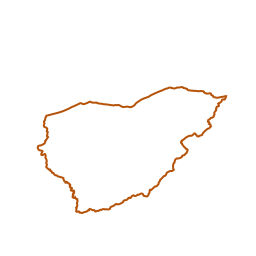 Contralmirante Villar, Tumbes, Peru, rotated 48°
{"feature_id": "86281439B49517942967283", "entity_name": "Contralmirante Villar", "entity_type": "district", "adm_level": 2, "iso_a3": "PER", "parent_name": "Peru", "parent_adm1": "Tumbes", "projection": "equal_earth", "projection_center": [-80.726, -3.926], "detail": "fine", "context": "isolated", "style": "outline", "palette": "amber", "viewbox_px": 256, "rotation_deg": 48, "n_neighbors": 0, "source": "geoboundaries", "source_scale": "gbopen_adm2", "svg_char_len": 5865}
<svg xmlns="http://www.w3.org/2000/svg" viewBox="0 0 256 256"><g transform="rotate(48 128 128)"><path d="M155.1,222.2L155.9,222.2L156.2,222.0L156.7,220.8L157.1,220.4L157.8,220.2L158.5,220.6L158.9,220.4L159.4,219.6L160.2,219.3L160.4,219.0L160.8,218.3L161.2,216.8L162.1,215.3L162.5,214.3L162.5,212.8L163.0,212.3L162.9,211.8L162.5,211.5L162.5,210.6L163.9,209.8L165.1,209.5L165.6,209.1L166.1,208.3L166.4,208.1L167.0,208.0L168.1,208.2L168.4,207.8L169.0,206.3L169.9,205.4L170.1,203.6L170.4,203.1L171.1,202.6L171.2,201.6L171.9,200.4L172.3,200.0L173.1,199.6L173.8,198.5L175.2,197.4L176.0,195.7L175.9,195.3L175.1,194.0L175.5,192.5L176.2,190.9L176.3,188.2L176.5,188.0L176.8,187.5L177.1,187.5L177.5,187.2L177.7,186.7L178.6,185.8L178.9,185.3L179.2,183.8L179.6,182.7L179.7,181.0L179.2,180.3L179.1,179.7L179.5,178.9L180.5,177.3L180.6,175.5L180.3,174.7L180.6,173.7L181.4,173.5L181.6,173.3L181.7,172.6L181.6,172.0L181.2,171.1L181.2,170.7L181.6,169.1L182.8,168.7L183.6,167.8L183.9,167.0L184.0,165.5L184.2,165.2L184.8,164.8L185.3,162.5L185.9,161.6L186.4,161.3L187.2,161.2L188.7,161.7L189.2,161.6L189.7,161.1L191.4,160.0L191.7,159.0L191.6,158.0L190.9,157.0L190.8,156.0L190.2,155.3L189.8,154.4L188.9,153.7L188.6,153.1L188.7,152.8L189.2,152.7L189.6,152.4L189.6,150.2L189.5,149.6L189.5,147.1L190.3,146.0L190.4,145.3L190.2,143.3L190.0,142.7L189.1,141.7L188.8,140.0L188.2,139.2L188.1,138.9L188.2,138.1L188.0,137.0L188.0,135.9L187.7,133.8L187.8,133.4L188.3,132.5L188.4,132.0L188.2,131.2L187.3,129.3L187.3,128.9L187.5,127.6L188.2,125.3L188.4,125.0L189.3,124.3L189.8,122.1L189.2,121.7L188.2,121.5L185.6,119.2L184.7,117.4L184.8,116.5L184.0,115.8L183.1,113.8L183.1,112.8L183.2,112.3L183.6,111.8L184.5,110.8L185.3,108.8L185.5,107.2L185.4,106.9L185.1,106.6L185.0,105.9L185.8,104.3L185.8,103.2L185.5,102.4L185.8,101.3L185.7,101.0L185.2,100.2L184.5,98.6L184.1,98.3L183.2,98.3L182.4,98.8L181.6,98.9L181.1,98.6L180.0,98.9L176.4,98.7L175.7,98.2L175.0,98.5L174.5,98.5L174.0,98.2L173.6,97.1L173.8,96.8L173.7,96.3L173.4,96.1L173.4,95.9L173.6,95.8L173.7,95.5L173.8,93.3L173.8,91.5L174.3,89.6L174.4,88.7L174.9,87.9L175.0,87.3L176.0,86.4L176.5,85.2L176.5,83.9L176.4,82.7L176.6,82.1L176.8,81.9L178.3,81.9L178.6,81.8L179.2,81.8L179.4,82.0L180.3,82.0L181.1,81.7L181.5,81.3L181.7,79.9L182.7,77.8L182.1,76.0L181.9,75.1L181.7,72.5L181.8,70.0L181.9,69.2L182.5,68.0L182.4,66.2L182.4,65.5L182.3,65.2L181.4,65.2L180.6,64.4L179.2,65.1L178.9,64.3L178.5,64.0L177.5,63.9L176.9,64.4L175.8,63.1L175.8,62.8L176.0,62.2L176.1,60.7L175.9,59.7L176.7,58.4L177.0,57.0L176.8,56.6L176.2,56.0L176.0,55.1L175.8,54.6L174.9,54.2L174.4,53.6L174.2,53.2L173.9,51.5L173.9,50.7L173.7,50.5L173.4,50.5L173.2,50.3L172.9,49.7L172.4,49.4L172.3,48.8L171.9,48.6L171.7,48.2L171.7,47.6L171.9,46.9L172.5,46.2L172.5,45.9L172.1,45.4L171.1,44.9L170.2,44.7L170.2,44.0L170.6,43.5L170.9,41.8L170.7,40.6L170.0,39.3L170.0,38.8L170.2,38.3L171.1,37.7L171.4,37.1L171.3,36.2L171.0,35.5L170.0,33.8L169.5,34.3L168.3,36.6L167.3,38.0L165.6,41.0L164.5,42.2L163.8,42.5L162.6,43.5L162.0,43.7L160.5,43.3L159.4,44.0L158.7,43.8L157.8,43.4L157.5,43.4L156.7,44.3L155.7,45.9L154.8,46.7L153.1,47.5L152.3,47.6L151.7,47.3L150.9,47.6L149.0,49.4L147.6,51.4L146.7,51.9L143.8,54.8L142.3,56.2L141.4,56.8L140.5,57.8L139.3,58.2L138.4,57.9L137.8,58.4L136.1,59.3L135.4,60.0L134.6,60.0L134.0,60.2L133.5,60.7L132.0,63.1L130.7,64.6L130.3,65.9L129.6,67.2L127.6,68.8L127.2,68.7L126.9,69.0L125.8,70.0L125.4,70.8L124.9,72.3L124.0,73.9L123.3,76.1L123.0,77.4L122.5,78.4L121.0,82.6L119.1,88.6L118.5,92.0L117.8,93.6L117.5,94.6L116.5,96.7L116.4,97.6L115.8,99.0L115.0,104.7L115.0,105.8L115.4,107.9L115.3,109.2L114.6,111.6L113.4,113.0L112.0,113.9L111.4,114.5L109.2,117.6L108.0,118.3L106.4,118.8L104.7,119.5L104.1,120.2L103.4,121.3L102.6,121.8L101.4,123.9L100.3,124.6L99.2,125.7L96.6,127.7L96.0,128.4L95.4,128.8L94.2,130.1L93.1,130.8L90.2,133.3L89.1,134.1L88.4,134.1L85.6,137.2L84.4,138.1L83.4,138.3L83.0,138.7L82.6,139.6L82.1,141.7L80.9,144.5L79.9,145.6L78.8,145.9L78.0,146.5L77.5,147.1L76.9,149.5L76.6,150.2L75.6,153.6L74.9,155.5L73.8,159.8L71.8,165.6L69.8,169.9L65.3,178.5L64.3,180.6L64.8,181.3L65.1,182.6L65.6,183.0L66.7,184.7L66.9,185.9L67.3,186.4L68.7,187.0L69.7,188.9L70.3,189.2L71.3,189.4L73.1,188.5L74.3,188.4L75.2,189.3L76.0,190.5L77.3,190.3L77.5,190.6L77.8,191.4L78.8,192.1L79.6,193.6L80.0,193.7L80.8,193.4L81.3,193.5L81.5,194.8L82.2,196.9L82.1,198.1L82.8,198.5L83.6,200.4L83.5,201.5L83.1,202.5L82.9,203.5L82.5,204.7L82.1,205.1L81.4,206.5L81.4,207.1L82.3,208.4L83.0,208.5L83.9,208.9L84.5,208.9L85.3,208.7L86.8,207.5L87.9,207.0L88.2,207.2L89.1,209.6L89.5,210.1L89.9,210.3L90.4,210.2L90.9,209.7L91.7,207.2L92.0,207.1L92.8,207.4L93.7,207.8L94.7,209.2L96.8,209.7L98.4,210.6L99.2,212.2L100.3,212.5L101.2,212.9L102.0,214.6L102.7,215.0L105.0,214.6L105.8,214.7L106.8,213.7L107.4,214.2L107.9,214.3L108.3,214.3L108.9,213.8L109.7,214.0L110.5,214.4L111.4,213.6L112.2,213.6L113.2,213.9L113.7,213.8L114.7,213.5L115.7,212.6L116.9,212.6L118.1,211.7L119.1,211.3L119.8,210.6L121.9,209.5L122.9,210.3L123.4,210.4L125.1,210.9L125.6,210.8L126.1,210.4L126.8,211.0L127.1,210.9L127.0,209.7L127.5,209.4L128.3,209.6L128.9,209.3L129.3,209.3L129.9,208.9L130.8,209.0L131.2,209.5L131.4,209.5L131.7,209.1L132.2,209.5L132.5,210.4L132.8,210.6L133.9,210.7L134.4,210.1L135.2,209.9L135.7,210.7L135.7,211.2L136.0,211.4L135.9,212.0L136.1,212.2L136.5,212.1L136.7,211.4L137.7,211.2L137.9,211.0L138.3,211.1L138.2,210.2L138.4,210.1L138.9,210.4L139.0,210.9L139.4,211.3L139.8,211.1L140.0,211.3L140.2,211.7L140.0,212.2L140.1,213.0L141.3,214.3L141.5,214.0L142.2,215.4L142.5,215.4L142.9,215.2L143.4,215.2L143.5,214.8L144.0,214.6L144.0,213.9L144.3,214.1L144.8,213.7L145.3,214.0L145.7,214.0L146.3,213.8L147.0,213.3L147.6,213.9L148.2,214.1L149.0,214.9L149.1,215.5L149.6,216.2L150.8,216.8L151.8,217.7L152.4,219.0L152.4,219.5L152.9,219.4L153.2,219.7L153.5,220.6L154.2,221.1L155.1,222.2Z" fill="none" stroke="#b45309" stroke-width="2"/></g></svg>